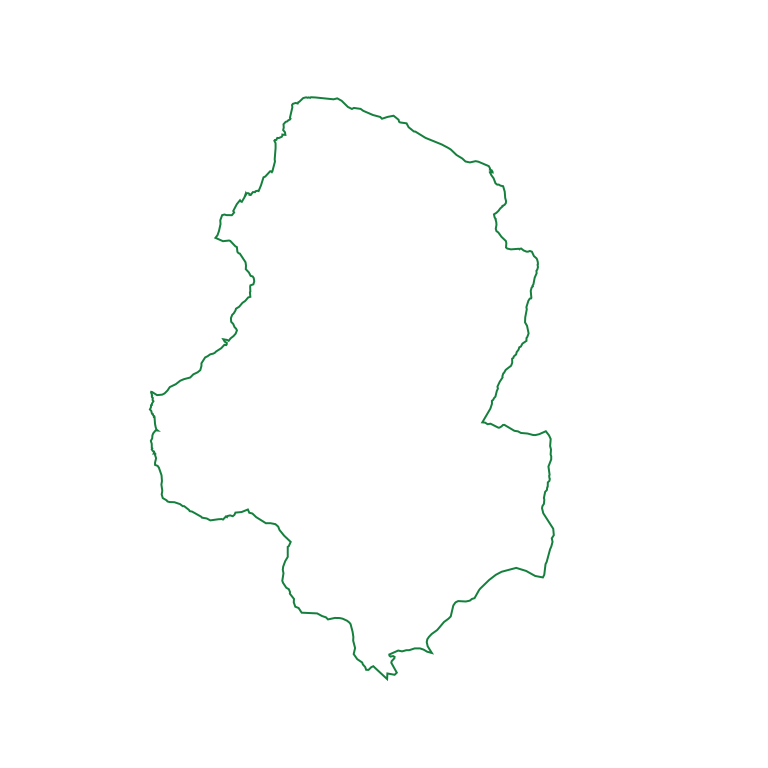 outline of Tasca, Neamt, Romania, rotated 218°
{"feature_id": "2599482B76124812753990", "entity_name": "Tasca", "entity_type": "district", "adm_level": 2, "iso_a3": "ROU", "parent_name": "Romania", "parent_adm1": "Neamt", "projection": "orthographic", "projection_center": [25.997, 46.881], "detail": "fine", "context": "isolated", "style": "outline", "palette": "green", "viewbox_px": 768, "rotation_deg": 218, "n_neighbors": 0, "source": "geoboundaries", "source_scale": "gbopen_adm2", "svg_char_len": 6166}
<svg xmlns="http://www.w3.org/2000/svg" viewBox="0 0 768 768"><g transform="rotate(218 384 384)"><path d="M435.5,620.2L446.4,617.3L449.0,616.0L452.7,611.5L456.8,609.5L461.1,609.9L467.8,609.1L475.7,609.9L478.6,609.6L486.0,608.3L502.8,603.5L514.7,602.2L515.9,601.4L522.7,601.5L526.7,603.3L532.4,600.0L533.7,600.0L535.2,601.2L541.6,601.3L545.6,596.7L548.9,591.8L551.4,592.1L558.5,589.1L568.5,586.5L571.8,586.4L577.7,583.0L578.6,581.0L583.0,580.1L591.8,581.1L596.7,580.3L599.0,577.3L614.4,567.6L618.1,565.0L618.3,564.1L619.9,563.4L620.3,562.6L621.9,561.9L623.7,559.6L624.5,554.2L625.0,553.3L624.7,551.9L626.6,551.1L628.3,548.7L628.2,547.2L626.6,545.7L622.0,535.8L621.0,535.5L620.9,534.6L621.8,532.9L621.9,531.4L622.9,530.0L623.1,526.8L620.9,524.4L619.8,522.0L617.0,521.4L615.1,519.6L617.6,518.0L617.1,517.5L616.8,515.8L618.3,513.1L619.6,512.2L619.1,510.1L620.2,509.1L620.2,508.2L617.7,507.0L614.7,503.2L608.5,493.8L606.9,492.2L602.9,482.9L602.8,481.9L604.1,482.0L604.7,481.5L605.3,474.3L606.2,472.7L603.2,464.7L601.6,458.8L602.8,458.3L603.9,456.8L603.7,455.8L605.5,454.4L605.4,450.9L606.5,450.2L607.1,450.9L608.2,450.9L609.7,449.8L609.4,448.3L610.1,448.8L608.9,445.2L608.2,440.0L609.5,439.7L610.6,440.1L610.7,435.1L609.3,427.5L607.7,426.9L607.8,423.4L611.9,420.2L614.1,419.3L615.5,417.4L613.8,412.2L611.3,409.4L608.2,402.9L606.8,398.7L606.8,395.4L598.8,397.4L594.4,401.7L593.2,402.1L585.9,401.0L584.2,401.3L580.9,397.9L579.2,397.5L577.9,398.0L568.1,394.7L565.7,392.4L563.6,389.4L559.1,388.7L555.7,387.1L553.7,387.9L551.9,387.3L549.5,385.1L548.3,382.1L550.0,379.5L549.4,378.3L546.2,374.5L546.2,373.8L543.0,370.4L544.3,368.6L544.5,364.0L545.5,360.8L545.7,355.7L547.0,352.2L546.3,350.5L545.9,347.2L546.2,345.1L545.2,341.7L542.7,338.9L539.8,338.5L536.8,336.8L534.5,336.5L532.9,335.7L531.9,332.3L532.1,329.1L533.0,325.5L533.0,322.4L534.8,322.1L538.2,320.3L535.6,319.3L533.2,319.6L532.3,318.3L532.3,317.5L533.9,316.6L534.3,312.0L536.4,306.0L536.5,304.5L537.2,302.9L539.2,300.4L540.1,297.3L541.3,294.8L540.6,287.9L539.0,285.9L537.3,281.8L538.1,278.4L540.2,274.2L540.7,269.8L544.6,264.7L546.6,261.1L547.9,255.8L550.9,249.7L550.6,245.6L551.1,241.5L552.2,239.1L556.0,235.5L561.8,234.9L562.6,234.5L562.4,234.0L559.7,232.3L559.6,231.6L558.5,230.7L557.6,230.7L556.5,228.9L555.1,228.5L554.8,225.7L554.0,224.5L554.5,223.9L553.3,222.1L552.8,219.8L551.0,219.6L548.5,217.7L547.6,218.0L546.5,217.1L545.4,217.2L544.9,216.3L544.4,216.6L540.0,211.7L537.2,209.3L535.2,208.0L533.7,208.0L535.4,206.9L535.5,203.1L534.8,200.8L533.2,198.5L532.7,195.6L530.2,193.9L527.8,190.9L527.0,190.7L526.9,189.6L525.1,188.9L523.6,189.2L522.8,187.6L522.4,188.4L521.1,188.1L521.0,187.3L517.9,185.2L516.0,181.1L514.6,179.3L512.0,180.1L509.9,179.5L503.1,175.1L499.2,170.8L497.5,167.7L492.9,163.3L491.2,160.1L488.1,157.9L483.6,158.5L482.4,158.1L480.2,159.0L476.4,161.8L470.7,163.8L467.4,163.8L466.3,164.7L460.3,164.7L458.8,164.2L456.7,165.3L446.2,166.9L445.2,166.6L440.9,168.9L436.9,169.6L431.2,175.5L428.8,177.6L427.4,178.1L427.0,182.4L425.8,182.4L426.0,183.7L424.4,185.7L421.8,186.7L421.3,188.8L421.9,191.2L417.4,195.4L414.0,201.3L410.9,199.6L408.0,200.9L402.8,200.4L391.3,201.6L387.8,204.4L383.3,206.7L379.6,206.5L376.4,204.6L369.4,203.0L360.3,202.1L359.2,197.6L359.6,196.4L353.4,188.5L352.8,183.6L351.0,178.0L349.4,175.3L346.7,173.0L343.0,166.3L341.0,165.1L335.6,163.3L332.7,163.7L330.0,162.2L329.1,160.8L322.6,159.2L320.7,156.4L316.8,153.9L313.4,154.9L308.1,153.1L295.4,162.1L290.0,163.0L286.1,164.4L283.2,164.0L278.7,169.4L274.8,172.3L272.1,173.6L267.4,174.7L264.4,174.7L262.5,174.2L256.2,169.4L252.4,165.8L250.3,162.8L244.2,158.1L241.6,152.5L235.7,150.7L229.7,151.1L228.0,150.0L224.6,149.4L222.1,147.8L220.2,149.2L219.7,153.0L218.7,155.0L199.9,153.4L203.1,158.0L196.6,161.4L196.2,164.4L206.6,168.8L207.3,170.3L207.0,174.3L207.7,175.5L209.3,175.2L211.1,173.2L212.5,173.3L213.3,174.1L208.7,182.7L205.2,184.4L202.5,188.0L200.3,189.7L197.0,194.6L192.9,197.8L189.2,199.1L185.2,199.6L180.7,201.5L188.1,204.2L191.4,206.9L192.7,209.5L192.9,212.5L192.5,216.4L190.6,222.9L190.2,233.4L188.7,238.7L188.3,241.9L193.0,252.1L193.2,255.0L193.1,256.2L191.9,258.6L185.6,263.0L183.0,266.1L182.4,268.7L180.8,271.0L182.2,280.0L182.2,282.0L180.5,294.3L178.4,302.5L175.7,308.5L166.6,320.5L156.9,324.2L146.7,325.8L139.7,329.4L140.3,332.4L145.8,341.5L146.3,344.0L151.4,356.1L152.1,358.9L154.0,363.4L156.8,365.7L157.1,369.4L161.5,374.1L178.9,380.2L183.0,383.4L184.0,385.4L184.2,388.0L186.4,391.5L187.8,392.6L190.6,398.2L190.4,400.8L191.8,403.1L191.7,403.8L194.3,407.3L194.0,409.5L194.9,411.3L195.7,411.7L197.4,413.4L197.6,414.4L203.6,420.2L205.8,427.5L207.8,430.1L209.2,430.9L212.1,435.2L214.9,437.4L218.8,443.3L222.3,445.1L227.4,446.4L230.8,440.0L233.3,436.9L235.1,435.6L240.3,433.4L246.0,429.7L249.2,429.2L252.4,427.4L264.0,425.9L265.0,425.0L265.3,422.9L266.1,420.8L267.0,420.0L275.6,418.3L277.6,416.1L280.6,415.8L282.9,414.3L285.0,430.0L286.7,434.8L288.6,437.2L288.2,438.9L288.6,440.4L288.4,442.6L290.8,447.9L291.4,450.5L293.0,451.8L294.2,457.1L294.6,462.2L295.5,463.0L296.5,465.8L296.3,466.8L296.8,470.1L295.1,476.7L296.1,479.8L298.6,482.8L298.1,484.2L298.7,485.6L298.1,488.6L299.1,490.9L299.1,493.9L300.0,496.2L299.2,497.8L299.8,501.0L298.3,505.7L300.0,507.9L300.0,509.2L301.2,512.9L307.1,517.9L310.8,519.4L313.7,523.4L317.5,530.8L319.1,532.2L321.5,538.6L321.7,541.0L320.8,542.0L320.9,542.6L325.7,547.7L327.0,550.8L326.8,552.5L327.4,552.7L327.7,554.7L330.7,560.5L331.9,565.2L333.6,567.1L333.7,568.7L334.7,571.0L336.4,572.5L336.4,573.1L337.8,574.7L339.9,576.3L341.1,576.9L344.6,577.1L348.9,579.3L351.0,578.6L352.0,576.9L353.3,576.0L356.2,575.2L359.3,575.2L360.1,574.3L360.1,573.6L361.2,573.4L366.9,568.2L370.3,566.6L371.9,566.7L374.3,570.3L376.0,571.7L382.1,572.3L387.2,573.8L389.5,573.7L391.5,575.1L393.3,578.6L395.2,580.7L397.5,582.4L397.5,582.8L399.3,583.3L401.8,585.4L400.8,588.1L400.4,591.0L400.5,593.9L399.9,597.0L400.3,597.3L399.3,599.3L399.3,601.4L400.4,603.3L403.0,605.2L407.3,609.9L411.9,613.2L414.4,612.0L416.3,611.8L417.5,610.8L419.7,610.8L424.3,613.6L427.8,614.6L431.0,616.1L430.8,616.7L428.7,617.6L429.2,618.1L430.8,618.7L432.5,618.0L433.1,619.1L435.5,620.2Z" fill="none" stroke="#15803d" stroke-width="2"/></g></svg>